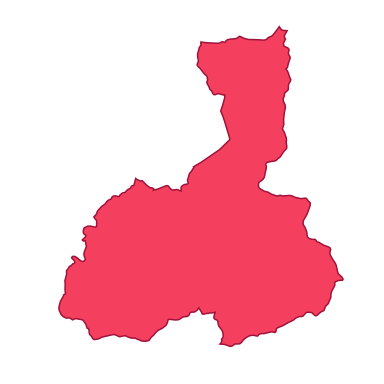 outline of Don Duong, Lâm Đồng, Vietnam, rotated 355°
{"feature_id": "81297802B74216529473028", "entity_name": "Don Duong", "entity_type": "district", "adm_level": 2, "iso_a3": "VNM", "parent_name": "Vietnam", "parent_adm1": "Lâm Đồng", "projection": "mercator", "projection_center": [108.553, 11.806], "detail": "fine", "context": "isolated", "style": "filled", "palette": "rose", "viewbox_px": 384, "rotation_deg": 355, "n_neighbors": 0, "source": "geoboundaries", "source_scale": "gbopen_adm2", "svg_char_len": 5982}
<svg xmlns="http://www.w3.org/2000/svg" viewBox="0 0 384 384"><g transform="rotate(355 192 192)"><path d="M300.8,39.6L297.2,39.0L296.1,38.6L295.2,38.0L294.6,37.1L293.4,34.9L289.1,39.7L285.4,43.5L281.7,44.7L280.8,45.3L280.0,46.1L279.1,46.6L277.8,46.9L276.4,46.9L269.8,45.9L261.7,45.0L257.5,43.6L253.3,41.1L252.5,41.1L252.1,41.4L250.8,42.5L249.0,43.0L242.5,43.1L240.4,43.5L239.1,44.3L238.1,45.7L237.0,45.6L235.6,45.0L234.8,45.0L232.5,46.1L230.1,46.0L220.3,44.7L213.9,43.4L213.7,44.3L213.9,46.3L211.9,48.6L209.5,55.3L209.4,58.2L209.8,61.2L209.7,62.1L209.2,63.4L208.3,65.1L208.2,66.1L208.9,67.5L210.9,69.7L214.7,75.7L216.0,76.8L216.7,77.6L217.1,78.8L217.3,81.4L217.1,82.4L216.5,83.4L216.3,84.2L216.4,85.0L218.0,88.5L218.7,91.0L220.8,94.0L221.5,96.1L222.3,96.9L223.5,97.1L225.8,96.4L227.2,96.4L231.2,97.9L232.2,98.2L233.1,98.2L232.7,101.2L230.3,107.7L227.8,113.5L227.7,114.1L229.3,119.0L230.6,124.3L234.2,141.7L234.1,143.2L223.1,152.2L203.9,163.1L195.9,166.9L196.2,167.2L193.1,171.5L191.3,173.1L190.2,175.4L189.8,176.8L188.5,179.7L188.6,181.0L189.0,182.3L188.9,183.2L188.3,183.6L184.7,184.0L182.6,185.1L181.5,186.3L181.2,190.1L180.1,189.6L178.0,188.4L176.8,188.2L173.0,188.4L171.5,187.5L170.2,186.0L169.1,184.3L168.5,183.6L167.0,183.4L157.7,186.2L153.7,186.9L154.2,185.5L152.6,184.4L150.6,184.1L147.0,180.8L143.5,176.5L143.0,176.6L140.9,176.2L138.2,174.7L137.1,173.6L134.6,180.5L133.6,180.4L132.3,180.8L131.2,182.5L130.6,183.0L128.7,183.8L127.2,184.7L125.4,186.5L123.0,186.8L122.1,187.2L120.0,188.7L119.3,189.7L119.3,190.2L118.3,190.1L115.3,189.1L113.4,189.2L112.5,189.6L111.6,190.5L110.9,191.9L108.4,192.7L107.2,193.3L106.2,194.2L104.2,196.5L100.9,198.4L96.7,202.2L95.9,203.3L94.8,205.8L92.0,208.3L94.5,212.4L94.2,215.8L93.8,218.2L92.1,218.5L87.8,217.1L85.6,216.9L84.9,217.0L81.6,218.3L81.0,218.8L80.2,221.9L80.2,222.9L80.6,224.2L82.3,226.0L82.5,226.6L81.6,227.8L78.6,230.1L78.6,230.4L79.4,231.3L81.4,231.1L82.0,236.8L81.8,237.6L79.5,242.3L79.0,243.8L78.9,245.5L79.3,247.6L80.0,249.7L78.3,251.5L76.9,251.7L75.4,251.0L74.0,249.8L72.0,247.7L70.0,246.2L69.0,245.8L67.8,245.7L66.5,246.6L66.5,247.5L68.4,249.7L69.1,251.0L69.0,252.1L68.8,252.6L68.4,252.9L66.9,253.2L64.9,255.0L63.5,255.3L62.7,256.6L60.1,259.5L59.9,263.0L57.6,269.5L57.7,271.9L57.0,278.3L57.0,282.4L56.7,282.7L55.4,283.1L54.1,285.5L52.0,288.5L51.1,290.2L49.8,293.8L49.2,296.6L49.5,298.7L51.0,302.8L52.6,304.7L55.6,306.6L58.5,306.7L59.5,307.0L61.7,308.8L62.2,309.0L63.7,308.2L65.6,308.1L71.5,309.7L72.2,310.2L74.8,314.5L75.6,318.4L76.0,318.8L76.8,318.9L77.1,319.3L77.4,321.6L77.3,323.4L77.6,325.0L79.4,327.1L80.1,328.9L80.9,330.0L81.4,330.4L82.4,330.5L84.9,330.3L86.3,330.1L89.5,328.8L91.3,328.5L100.7,327.2L102.3,327.3L104.5,328.3L105.9,329.3L107.0,329.8L108.4,329.8L111.4,329.4L112.9,329.4L116.7,331.4L119.3,332.4L122.0,332.5L122.8,332.8L125.5,334.3L127.0,334.8L127.5,335.3L129.0,336.1L132.5,336.6L134.9,336.5L136.3,336.0L136.9,335.5L137.8,334.2L139.3,332.7L141.2,331.4L143.7,328.8L145.0,327.7L146.3,326.9L150.8,325.0L154.2,322.8L155.6,321.0L156.2,319.8L157.0,317.3L157.7,316.9L158.8,316.9L163.9,318.0L166.9,318.1L168.1,317.9L172.3,315.6L176.5,315.6L177.1,315.4L178.4,314.2L178.8,313.6L179.2,312.5L179.8,311.9L181.0,311.6L183.2,311.8L184.6,311.6L187.3,309.8L188.7,308.0L190.9,312.4L191.4,314.1L192.0,314.6L193.5,314.7L195.5,314.2L197.5,314.4L198.9,314.0L201.4,314.3L204.6,313.8L203.0,317.7L202.9,319.4L203.0,319.9L203.9,320.9L205.7,321.7L206.3,322.5L206.7,326.4L207.1,328.1L209.8,332.4L210.5,334.9L210.5,338.9L209.7,340.0L208.9,340.8L208.7,341.7L208.7,343.1L208.5,343.8L207.9,344.6L206.6,345.9L210.7,346.6L212.7,347.3L216.1,349.0L217.6,349.1L218.6,348.9L220.8,347.6L221.8,347.2L226.3,347.4L228.3,346.1L229.9,344.2L232.1,342.5L234.4,341.2L236.9,340.2L240.0,340.0L241.4,340.3L244.3,341.2L244.8,341.2L246.2,339.8L247.6,339.2L251.7,339.3L258.9,338.2L262.6,339.2L263.0,338.9L263.4,338.2L264.2,335.7L264.6,335.1L265.0,334.9L270.5,333.2L277.5,330.1L281.8,328.5L284.6,326.5L287.9,325.5L288.7,325.4L290.1,325.7L291.8,325.3L294.6,322.6L295.5,322.0L296.2,321.8L300.3,322.4L300.9,322.7L303.6,325.7L304.3,326.1L305.4,326.0L306.3,325.5L309.8,322.8L312.6,321.8L313.3,321.2L313.9,320.2L314.8,317.8L315.4,317.2L317.8,315.3L321.1,309.2L321.5,305.8L322.6,302.9L326.1,297.6L326.4,294.7L326.7,294.2L327.4,293.8L329.9,293.0L331.2,292.9L334.3,293.0L334.8,292.4L334.8,291.7L333.9,289.7L331.2,286.9L330.7,286.2L330.2,284.8L329.3,278.0L328.7,275.7L325.8,270.4L324.4,267.0L324.1,265.9L324.1,264.8L324.3,263.6L325.1,261.5L325.0,260.7L324.6,259.7L324.0,259.1L322.7,258.4L318.8,256.6L315.9,254.6L314.3,253.3L312.7,252.7L312.2,252.4L310.8,250.2L310.3,249.9L307.4,249.6L305.0,248.7L304.2,248.1L303.6,247.4L302.9,246.2L302.9,242.1L301.9,238.2L301.3,236.7L300.1,234.4L299.9,233.6L300.2,231.1L300.6,230.0L304.1,225.0L305.5,222.4L308.3,216.3L308.7,215.0L308.9,213.1L308.4,212.4L307.3,211.5L305.5,208.6L304.9,208.1L304.0,208.0L300.0,208.1L294.5,206.4L291.7,204.8L289.5,204.0L288.5,203.9L282.2,203.9L279.9,203.0L279.0,203.0L276.9,203.4L275.4,203.1L270.2,200.7L269.4,200.0L267.6,198.7L264.6,197.7L263.5,197.1L260.1,194.7L259.1,193.5L258.8,192.4L258.9,189.9L259.5,188.4L264.0,185.4L265.2,183.8L266.0,181.6L266.6,179.0L267.2,177.6L268.1,174.6L268.3,172.7L267.8,171.1L268.6,169.4L269.1,169.1L273.5,168.5L277.4,168.3L278.9,167.7L281.0,165.8L281.9,165.5L283.3,164.3L287.0,159.6L289.8,157.2L290.1,156.7L290.3,155.6L290.4,154.1L290.2,151.0L290.7,148.4L290.6,146.2L289.2,140.7L287.6,137.1L288.3,135.1L289.3,133.0L289.6,127.9L290.0,125.4L291.1,120.3L292.5,115.7L292.3,113.2L290.9,109.5L290.9,107.9L291.1,106.7L292.5,104.0L292.6,102.2L292.7,101.8L296.4,98.9L296.8,98.2L297.1,97.4L297.2,94.6L297.6,93.4L298.2,92.2L299.8,90.1L300.2,88.5L299.3,86.1L298.0,80.7L296.3,77.4L297.4,76.8L298.0,76.0L299.5,71.6L301.5,67.1L301.3,65.5L300.4,63.7L300.1,62.4L300.2,61.4L301.0,59.5L301.1,58.7L300.6,57.4L299.7,56.6L297.0,55.2L296.5,54.7L296.2,54.2L296.0,52.3L296.3,51.3L298.5,47.8L297.7,46.5L297.6,44.9L298.0,43.8L300.8,39.6Z" fill="#f43f5e" stroke="#9f1239" stroke-width="1.5"/></g></svg>